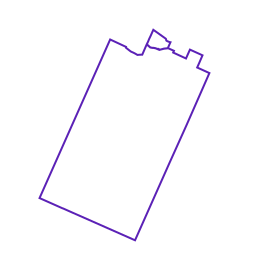 outline of Anangu Pitjantjatjara Yunkunytjatjara, South Australia, Australia, rotated 294°
{"feature_id": "25037944B76937209298521", "entity_name": "Anangu Pitjantjatjara Yunkunytjatjara", "entity_type": "district", "adm_level": 2, "iso_a3": "AUS", "parent_name": "Australia", "parent_adm1": "South Australia", "projection": "robinson", "projection_center": [130.361, -27.059], "detail": "fine", "context": "isolated", "style": "outline", "palette": "violet", "viewbox_px": 256, "rotation_deg": 294, "n_neighbors": 0, "source": "geoboundaries", "source_scale": "gbopen_adm2", "svg_char_len": 3269}
<svg xmlns="http://www.w3.org/2000/svg" viewBox="0 0 256 256"><g transform="rotate(294 128 128)"><path d="M28.0,75.7L28.0,75.9L28.0,76.0L28.0,76.4L28.0,76.6L28.0,76.8L28.0,77.1L28.0,77.3L28.0,77.5L28.0,78.0L28.0,78.4L28.0,78.6L28.0,78.8L28.0,79.1L28.0,79.3L28.0,79.5L28.0,79.9L28.0,80.1L28.0,80.4L28.0,80.6L28.0,81.0L28.0,81.3L28.0,81.5L28.0,81.9L28.0,82.2L28.0,82.4L28.0,82.6L28.0,82.8L28.0,83.0L28.0,83.3L28.0,83.5L28.0,83.8L28.0,84.0L28.0,84.3L28.0,84.5L28.0,85.7L28.0,85.9L28.0,86.2L28.0,86.4L28.0,86.6L28.0,86.8L28.0,87.0L28.0,87.3L28.0,87.5L28.0,87.9L28.0,88.1L28.0,88.4L28.0,88.6L28.0,88.8L28.0,89.0L28.0,89.3L28.0,89.5L28.0,89.9L28.0,90.1L28.0,90.4L28.0,90.6L28.0,90.8L28.0,91.0L28.0,91.5L28.0,91.9L28.0,92.1L28.0,92.4L28.0,92.6L28.0,92.9L28.0,93.0L28.0,93.5L28.0,93.9L28.0,94.1L28.0,94.3L28.0,94.6L28.0,94.8L28.0,95.0L28.0,96.1L28.0,96.3L28.0,96.6L28.0,96.8L28.0,97.0L28.0,97.3L28.0,97.7L28.0,97.9L28.0,98.1L28.0,98.3L28.0,98.6L28.0,98.8L28.0,99.0L28.0,99.4L28.0,99.7L28.0,99.9L28.0,100.1L28.0,100.3L28.0,100.6L28.0,100.8L28.0,101.0L28.1,101.4L28.1,101.7L28.1,101.9L28.1,102.1L28.1,102.3L28.1,102.5L28.1,105.0L28.1,105.4L28.1,105.6L28.1,105.9L28.1,106.0L28.1,106.5L28.1,106.8L28.1,107.0L28.1,107.4L28.1,107.6L28.1,107.9L28.1,108.1L28.1,108.3L28.1,108.5L28.1,109.0L28.1,109.4L28.1,109.6L28.1,109.9L28.1,110.1L28.1,110.3L28.1,110.5L28.1,111.0L28.1,111.3L28.1,112.5L28.3,180.1L112.3,180.1L154.3,180.3L196.0,180.1L211.3,180.0L211.3,177.8L211.4,166.6L216.4,166.6L224.7,166.5L224.8,152.7L217.5,152.7L215.1,152.7L215.2,145.3L215.3,138.6L217.2,138.6L217.2,132.3L215.1,128.7L212.2,125.0L212.1,124.9L212.1,123.9L212.0,120.7L211.6,119.0L211.4,118.3L211.0,117.5L211.0,117.3L211.0,117.2L210.6,115.6L212.0,111.1L209.7,111.1L200.8,111.2L199.8,109.1L198.6,106.9L198.9,104.1L199.0,102.3L199.0,99.6L199.5,97.4L200.5,93.5L201.0,93.1L201.3,93.1L201.6,75.7L200.6,75.7L200.0,75.7L197.2,75.7L196.6,75.7L190.4,75.7L175.8,75.7L172.1,75.7L171.4,75.7L171.0,75.7L170.4,75.7L170.1,75.7L168.7,75.7L156.5,75.7L155.8,75.7L154.0,75.7L152.4,75.7L151.8,75.7L141.8,75.7L141.5,75.7L141.4,75.7L141.2,75.7L140.9,75.7L140.7,75.7L140.4,75.7L140.2,75.7L139.9,75.7L139.7,75.7L138.9,75.7L138.6,75.7L138.2,75.7L137.5,75.7L137.4,75.7L136.9,75.7L136.1,75.7L135.5,75.7L135.2,75.7L134.9,75.7L128.1,75.7L126.0,75.7L123.2,75.7L120.5,75.7L114.4,75.7L113.7,75.7L113.1,75.7L101.5,75.7L100.8,75.7L92.5,75.7L91.3,75.7L87.7,75.7L87.3,75.7L85.6,75.7L85.2,75.7L83.4,75.7L83.2,75.7L80.6,75.7L80.2,75.7L79.9,75.7L79.7,75.7L79.2,75.7L78.6,75.7L77.8,75.7L77.4,75.7L76.9,75.7L74.6,75.7L65.6,75.7L63.7,75.7L63.3,75.7L62.9,75.7L62.7,75.7L59.5,75.7L59.1,75.7L58.5,75.7L57.3,75.7L57.1,75.7L55.4,75.7L54.4,75.7L54.0,75.7L53.4,75.7L52.9,75.7L50.9,75.7L50.2,75.7L45.9,75.7L45.6,75.7L44.3,75.7L42.2,75.7L41.5,75.7L40.9,75.7L36.8,75.7L33.4,75.7L28.6,75.7L28.0,75.7ZM217.2,132.1L217.2,131.9L217.6,131.9L218.3,131.9L218.7,131.9L223.6,131.9L223.4,131.0L223.3,128.4L223.4,127.9L223.5,127.4L224.5,126.7L224.9,126.3L225.2,125.0L228.0,111.2L221.5,111.2L217.8,111.1L215.0,111.2L212.1,111.1L212.0,111.6L210.7,115.6L211.1,117.3L211.1,117.5L211.5,118.3L211.7,119.0L212.1,120.7L212.2,123.6L212.6,123.6L212.6,123.8L212.3,123.8L212.2,123.9L212.2,124.9L212.3,125.0L215.2,128.6L217.2,132.1Z" fill="none" stroke="#5b21b6" stroke-width="2"/></g></svg>